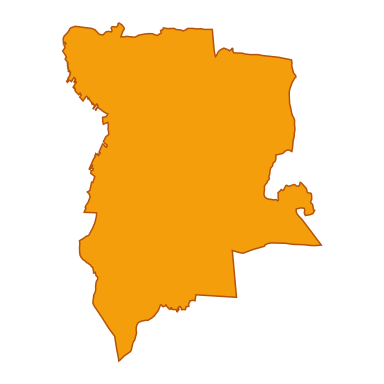 the district of Phra Nakhon Si Ayutthaya, Phra Nakhon Si Ayutthaya, Thailand
{"feature_id": "78962969B15942215938926", "entity_name": "Phra Nakhon Si Ayutthaya", "entity_type": "district", "adm_level": 2, "iso_a3": "THA", "parent_name": "Thailand", "parent_adm1": "Phra Nakhon Si Ayutthaya", "projection": "equal_earth", "projection_center": [100.553, 14.343], "detail": "fine", "context": "isolated", "style": "filled", "palette": "amber", "viewbox_px": 384, "rotation_deg": 0, "n_neighbors": 0, "source": "geoboundaries", "source_scale": "gbopen_adm2", "svg_char_len": 5772}
<svg xmlns="http://www.w3.org/2000/svg" viewBox="0 0 384 384"><path d="M84.4,237.8L79.5,240.7L79.8,243.7L79.5,247.5L79.6,251.4L80.0,255.1L81.3,257.6L83.1,259.7L85.4,261.2L86.8,262.7L87.9,263.1L89.4,264.4L90.5,264.9L91.4,266.6L92.8,267.6L93.5,271.4L93.6,273.1L93.8,273.2L94.9,272.2L95.3,272.3L96.0,275.5L96.6,276.3L97.4,276.6L97.7,277.8L97.7,279.2L96.4,281.3L95.9,283.8L95.6,286.7L95.7,289.6L95.2,292.3L94.1,294.2L93.8,295.2L93.1,300.5L92.9,303.4L94.6,306.6L101.6,316.9L109.0,328.6L114.7,336.3L116.6,348.6L118.5,358.3L118.8,361.0L119.9,360.2L124.0,356.1L130.1,351.8L131.2,350.4L132.6,344.1L133.2,342.1L134.6,340.2L136.5,333.3L136.5,332.5L136.2,330.5L136.2,327.9L136.9,324.9L137.8,323.3L138.9,322.3L141.6,321.1L145.7,320.3L148.0,320.3L152.2,317.7L153.3,316.5L153.9,316.4L158.2,310.6L159.2,308.4L160.2,305.5L160.7,304.9L161.3,304.8L161.6,305.4L162.9,306.7L163.3,306.7L165.3,305.8L165.7,304.9L166.0,304.9L166.6,306.2L167.4,306.8L168.1,307.9L169.2,309.0L170.5,309.2L170.8,308.9L170.9,307.8L171.5,307.7L172.0,309.2L172.2,309.4L175.0,309.7L176.6,309.6L176.7,309.9L176.7,311.4L177.2,311.8L177.4,311.6L177.5,310.8L178.3,310.5L178.9,309.6L178.9,309.1L177.9,308.9L177.9,308.3L178.1,307.9L178.9,307.5L179.2,306.5L179.8,306.4L180.7,307.2L181.2,308.2L181.5,309.7L183.8,309.5L185.2,309.7L185.6,309.2L186.0,306.8L188.8,306.4L188.6,304.1L189.8,301.7L190.0,300.8L193.0,300.3L195.0,300.8L195.9,294.8L236.5,297.3L232.3,250.5L240.6,252.9L243.4,253.1L252.7,249.6L264.3,246.3L264.7,246.0L264.7,245.1L266.5,244.1L268.9,243.3L271.4,242.9L285.7,243.3L293.6,244.4L303.8,244.7L311.0,245.5L315.9,245.6L321.3,245.1L302.1,219.6L297.7,214.9L296.3,212.3L296.1,209.2L296.6,208.7L298.4,208.6L300.4,207.9L303.9,208.2L304.3,208.5L304.5,209.3L304.7,210.8L304.3,212.4L304.6,214.1L305.4,215.5L310.5,214.6L311.6,213.9L312.6,213.8L313.5,212.7L314.1,210.9L314.5,210.8L314.7,210.4L313.5,209.6L312.7,204.9L312.2,204.0L310.9,202.9L310.7,202.2L310.8,201.3L311.8,198.9L311.5,194.5L311.1,193.5L310.4,193.0L308.4,193.0L307.7,192.7L307.2,191.9L306.3,188.4L301.4,183.0L300.2,182.4L299.4,185.4L299.0,185.9L297.9,186.2L296.5,186.0L295.0,184.8L294.0,184.5L289.1,186.3L288.3,186.2L286.9,185.3L285.8,185.6L284.6,188.2L283.3,190.3L282.6,190.5L281.2,189.5L279.9,191.1L278.0,192.7L278.2,195.0L278.1,197.4L278.4,199.5L278.2,200.5L277.9,200.8L275.9,199.6L273.4,199.9L270.2,199.2L268.7,199.3L268.0,198.8L266.9,198.6L264.7,196.9L264.0,194.8L264.0,193.7L264.5,189.3L264.4,186.3L266.1,183.6L267.1,182.7L267.4,181.2L269.3,179.0L269.3,178.0L268.8,176.4L269.8,173.9L269.9,171.2L270.7,168.0L272.5,166.1L273.1,163.0L274.9,161.7L275.3,161.0L275.8,159.4L276.0,155.9L275.9,155.0L282.5,153.5L283.8,152.6L285.1,151.1L287.7,149.9L288.5,149.9L291.9,151.5L292.5,148.0L293.1,141.1L294.2,136.4L294.3,133.6L294.9,130.0L294.9,128.1L294.5,124.6L294.6,120.4L294.2,118.9L292.6,115.8L291.6,113.0L290.6,107.3L289.6,103.7L289.2,93.0L289.6,89.7L291.9,83.1L294.7,78.0L295.9,77.2L295.6,75.5L293.7,73.2L292.9,70.6L291.7,65.7L292.0,63.1L291.5,59.9L278.8,57.3L263.0,55.6L257.8,54.6L250.3,54.6L244.3,53.9L242.7,53.2L234.1,52.9L233.6,52.6L232.9,51.2L232.7,50.3L232.9,48.8L232.3,48.3L231.9,48.5L231.2,49.8L230.4,49.9L229.6,50.8L229.1,50.7L228.0,49.7L223.8,48.1L222.7,48.9L221.6,49.1L219.7,50.4L218.6,51.4L217.8,52.7L217.1,54.4L215.5,56.6L215.0,55.0L214.2,50.9L212.3,29.4L204.3,29.4L201.5,28.8L196.5,28.9L192.8,28.4L188.8,28.4L187.1,28.6L186.2,29.7L183.1,31.0L181.5,30.1L176.0,29.5L174.3,28.4L167.7,28.6L163.3,27.9L162.8,29.6L160.6,30.5L161.3,32.9L159.8,33.9L159.1,34.1L157.9,35.3L157.2,35.4L154.5,34.6L152.5,33.7L148.7,33.6L144.2,34.1L138.5,35.2L136.1,36.7L134.7,37.2L125.9,36.3L125.0,36.9L120.9,36.8L122.8,31.4L124.1,29.5L124.2,28.2L123.9,27.5L122.0,25.0L119.1,23.0L118.0,23.7L117.9,24.9L117.5,25.9L116.3,27.1L113.3,26.6L111.8,26.9L111.2,27.9L111.2,28.6L111.8,29.7L111.9,30.5L111.8,31.5L111.5,31.8L108.3,31.4L106.4,31.7L105.5,32.3L103.1,34.8L100.1,34.6L99.2,34.2L94.9,29.7L91.5,28.4L75.3,26.3L71.1,27.7L70.2,28.4L69.5,29.2L69.3,30.1L67.4,32.8L64.2,36.1L63.2,38.4L63.5,43.8L65.0,42.3L65.9,43.5L64.2,45.9L65.2,47.5L62.7,50.9L62.8,51.2L66.1,56.3L66.0,56.5L66.4,57.1L65.1,59.0L67.9,62.8L67.4,63.5L68.0,64.2L67.3,65.3L67.9,66.2L67.7,66.7L68.2,67.4L67.7,68.1L68.3,68.7L68.1,69.1L68.9,70.0L68.2,71.1L68.8,71.6L69.4,70.7L70.0,71.6L69.8,72.0L70.4,72.6L70.0,73.3L70.4,73.8L69.7,74.9L69.8,75.6L68.0,78.2L68.3,78.7L66.6,81.4L67.5,82.4L69.0,80.1L71.4,81.6L74.1,77.5L75.5,78.8L75.1,79.3L75.4,79.6L74.0,81.8L74.9,82.7L75.7,81.3L76.3,82.1L73.1,87.2L73.7,87.9L74.1,87.3L74.9,88.2L74.6,88.6L75.5,89.7L75.0,90.4L75.9,91.9L78.8,94.8L80.0,93.0L81.2,94.8L79.7,97.1L83.0,100.9L86.3,96.3L86.6,96.2L87.7,97.6L88.0,98.4L87.8,98.8L88.2,99.2L88.9,98.2L89.6,99.8L91.2,102.0L91.9,103.6L92.1,103.2L92.5,104.1L93.0,103.5L94.5,105.3L94.1,106.1L94.4,106.5L93.1,108.4L93.5,108.8L96.4,104.3L97.2,105.1L97.3,104.7L98.1,105.8L95.4,109.8L95.8,110.2L97.7,107.2L103.1,111.4L105.3,112.8L107.9,113.9L107.3,115.1L105.7,116.9L102.7,117.2L102.5,118.3L102.7,118.9L102.7,121.6L103.1,122.6L103.3,124.3L107.7,122.3L108.2,124.5L108.3,125.7L108.0,129.0L108.6,131.9L108.7,134.5L105.9,136.7L103.4,141.5L104.4,142.8L107.0,144.9L106.7,145.6L107.1,146.0L106.4,147.3L104.8,146.1L103.8,144.6L102.6,143.9L101.8,145.9L100.7,148.1L99.1,152.1L100.2,152.9L98.7,155.3L98.0,154.0L97.5,154.7L97.1,154.1L96.6,154.7L95.7,153.7L95.5,154.5L94.7,156.0L95.1,157.1L93.8,158.5L89.2,169.0L90.1,169.6L92.1,165.1L92.6,165.6L91.3,168.0L91.8,168.3L91.9,168.1L93.1,168.5L92.9,170.3L91.7,170.6L91.0,171.2L90.8,173.5L91.9,174.1L94.8,176.6L92.8,182.5L91.6,182.2L89.9,190.4L87.3,192.0L89.0,193.6L89.5,195.1L90.2,196.6L88.3,201.9L85.4,206.4L85.3,207.4L86.0,208.1L84.9,210.2L84.2,212.3L96.4,212.8L96.6,214.3L96.2,217.4L94.8,223.0L93.5,225.9L92.9,227.6L89.1,234.7L88.3,235.6L86.1,236.3L84.4,237.8Z" fill="#f59e0b" stroke="#b45309" stroke-width="1.5"/></svg>